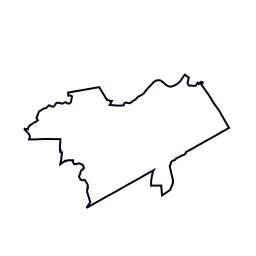 the district of Mogosani, Dâmbovita, Romania, rotated 136°
{"feature_id": "2599482B27311535557827", "entity_name": "Mogosani", "entity_type": "district", "adm_level": 2, "iso_a3": "ROU", "parent_name": "Romania", "parent_adm1": "Dâmbovita", "projection": "natural_earth1", "projection_center": [25.391, 44.675], "detail": "fine", "context": "isolated", "style": "outline", "palette": "ink", "viewbox_px": 256, "rotation_deg": 136, "n_neighbors": 0, "source": "geoboundaries", "source_scale": "gbopen_adm2", "svg_char_len": 4521}
<svg xmlns="http://www.w3.org/2000/svg" viewBox="0 0 256 256"><g transform="rotate(136 128 128)"><path d="M150.3,55.8L140.7,54.2L135.2,56.6L133.7,57.3L133.5,57.6L133.1,58.1L132.3,58.8L131.7,59.6L131.2,60.4L130.8,61.1L129.9,62.7L129.2,63.8L127.5,66.7L125.9,69.3L125.4,70.2L124.8,71.0L124.4,71.7L123.5,72.0L122.7,72.3L121.6,72.7L121.3,73.0L120.7,73.5L119.9,73.6L118.9,73.4L117.7,73.0L116.9,72.7L115.8,72.3L115.0,72.5L114.4,72.8L113.1,72.1L111.6,71.7L108.7,70.9L106.9,70.1L105.2,69.4L103.5,70.2L103.2,70.4L94.7,68.1L92.7,67.6L91.3,67.3L71.7,62.1L55.9,58.1L55.3,57.9L55.3,58.0L55.2,58.1L53.8,63.7L53.2,66.4L53.0,66.8L52.9,67.1L52.9,67.4L52.8,67.5L52.7,67.8L52.7,68.0L52.6,68.6L52.5,68.8L52.4,69.1L52.4,69.3L52.3,69.6L52.3,69.8L52.2,70.0L52.1,70.5L51.6,72.6L51.0,74.6L50.9,74.8L50.8,75.0L50.2,78.4L49.9,80.1L49.8,81.0L49.7,81.3L49.7,81.7L49.4,83.7L49.2,85.1L49.2,85.8L49.1,86.3L49.0,86.6L48.8,87.9L48.7,88.2L48.7,88.4L48.6,88.5L48.3,89.9L47.9,91.3L47.5,93.3L47.2,94.6L47.0,95.8L46.7,97.2L46.3,100.3L46.1,101.9L46.0,102.3L45.7,103.9L45.5,104.9L45.4,106.4L45.2,107.4L45.0,108.5L43.5,108.6L43.0,108.5L42.6,108.9L42.8,109.2L43.1,110.0L43.9,109.9L43.9,110.5L44.9,110.5L46.6,110.5L46.2,111.6L46.3,112.2L46.8,112.2L47.4,112.1L48.0,111.9L48.4,111.8L48.7,111.7L49.0,111.6L49.5,111.5L49.8,111.6L50.1,111.6L50.5,111.8L51.2,112.3L52.7,114.3L54.3,115.6L54.7,117.0L53.9,119.0L52.1,120.3L50.5,121.2L49.3,122.0L49.3,123.0L49.9,124.8L49.9,126.8L52.5,126.6L54.9,125.9L56.7,125.6L58.4,125.3L61.0,125.4L63.2,125.8L65.4,126.4L66.8,127.1L68.4,127.9L69.6,129.4L70.4,131.4L70.8,133.1L71.0,136.2L71.3,138.4L71.8,140.0L73.1,141.5L75.0,142.7L77.6,143.2L80.1,143.0L88.0,142.7L91.1,142.2L92.7,141.9L95.8,142.4L97.2,142.9L99.0,143.5L100.3,143.5L101.2,143.4L102.3,143.2L105.5,144.0L109.5,144.5L112.0,147.9L113.3,148.3L115.6,147.4L117.8,149.3L120.1,151.5L123.1,155.0L125.2,157.3L120.8,158.7L121.7,159.7L122.6,160.6L122.8,161.7L123.1,162.9L123.6,163.1L123.1,165.3L122.3,168.6L120.4,177.4L122.4,178.8L129.5,183.6L134.4,186.9L139.4,190.3L140.2,190.9L142.7,192.5L144.5,193.7L146.0,194.7L146.5,195.1L146.7,194.9L148.5,192.8L146.9,191.4L146.3,189.7L147.0,189.2L148.8,187.8L150.5,186.7L151.6,186.2L152.7,186.2L153.7,186.7L154.5,187.9L154.9,189.7L155.7,190.3L158.3,191.1L160.1,193.9L161.7,195.6L163.3,195.7L165.1,195.1L166.1,195.0L167.2,195.5L168.3,197.1L168.7,198.8L169.3,199.3L169.9,199.3L171.9,199.1L173.9,199.6L175.3,200.6L178.6,201.2L180.5,201.8L181.5,201.3L182.2,200.9L186.9,198.8L187.5,196.1L188.7,196.3L192.1,197.1L194.9,197.7L196.0,197.9L196.9,198.1L197.8,198.0L198.5,197.9L199.3,197.6L200.0,197.2L200.5,196.9L200.9,196.6L201.8,197.9L202.8,199.2L203.5,198.7L203.4,192.7L204.2,190.4L205.0,189.6L207.1,188.6L204.9,186.4L201.5,183.1L201.3,183.1L201.1,182.9L200.7,182.6L195.8,178.2L191.4,173.9L188.0,170.5L184.4,167.0L186.0,165.3L187.7,163.8L188.7,163.1L190.0,161.8L190.6,161.1L192.2,159.4L192.0,159.2L192.6,158.7L192.4,158.5L193.4,157.6L192.4,156.3L195.7,153.6L196.7,152.9L196.8,152.5L198.7,151.1L201.3,149.4L202.0,149.0L202.1,148.9L199.4,148.6L197.2,148.3L196.5,148.1L195.7,147.9L195.8,147.6L195.9,147.4L194.9,147.1L193.6,146.4L193.0,146.0L192.2,145.4L191.9,144.8L191.6,144.4L191.5,144.1L190.7,143.7L190.1,143.3L189.9,143.0L190.0,142.8L190.2,142.7L190.9,142.3L191.2,142.0L191.2,141.6L191.3,141.5L191.3,141.3L191.4,141.1L191.8,139.6L191.9,139.3L191.7,139.0L190.6,138.4L190.4,138.1L189.9,137.7L189.7,137.7L189.0,137.4L188.8,137.2L188.5,137.0L188.2,137.0L188.0,136.7L187.3,135.8L187.1,135.4L187.0,134.8L186.8,134.3L186.4,133.5L186.2,132.8L186.3,132.3L186.3,132.2L186.4,131.9L186.6,131.7L186.7,131.4L187.2,130.8L187.3,130.5L187.3,130.3L187.5,130.2L188.0,129.7L188.4,129.4L188.7,129.5L189.1,129.7L189.4,129.8L189.9,129.9L190.6,130.0L191.1,129.8L193.2,129.1L194.5,128.0L195.6,127.8L195.9,127.7L196.2,127.5L196.6,127.4L196.8,127.2L197.1,126.8L197.2,126.5L197.5,125.6L197.6,125.4L197.7,124.9L197.7,124.4L197.7,123.1L197.5,122.6L197.3,122.2L196.7,121.9L196.0,121.5L195.6,121.0L195.4,120.9L195.2,120.8L196.3,115.5L197.0,114.4L197.3,114.1L198.4,112.8L198.6,113.0L198.8,113.1L199.3,112.6L199.8,112.3L201.9,110.3L202.7,108.6L204.2,105.7L206.7,100.8L209.5,100.2L213.4,99.4L206.1,97.5L200.8,96.1L193.7,94.3L186.4,92.3L179.6,90.4L175.0,89.3L171.5,88.4L170.0,88.0L162.1,85.9L153.8,83.7L150.5,82.9L145.8,81.7L142.9,80.9L139.0,79.8L140.1,79.5L141.6,78.4L143.0,77.6L144.4,76.6L147.7,74.2L149.7,72.3L151.5,70.4L149.6,68.9L147.5,66.7L144.1,63.6L145.1,62.5L145.8,61.3L146.8,60.2L147.4,59.5L148.5,58.1L149.6,56.8L150.3,55.8Z" fill="none" stroke="#020617" stroke-width="2"/></g></svg>